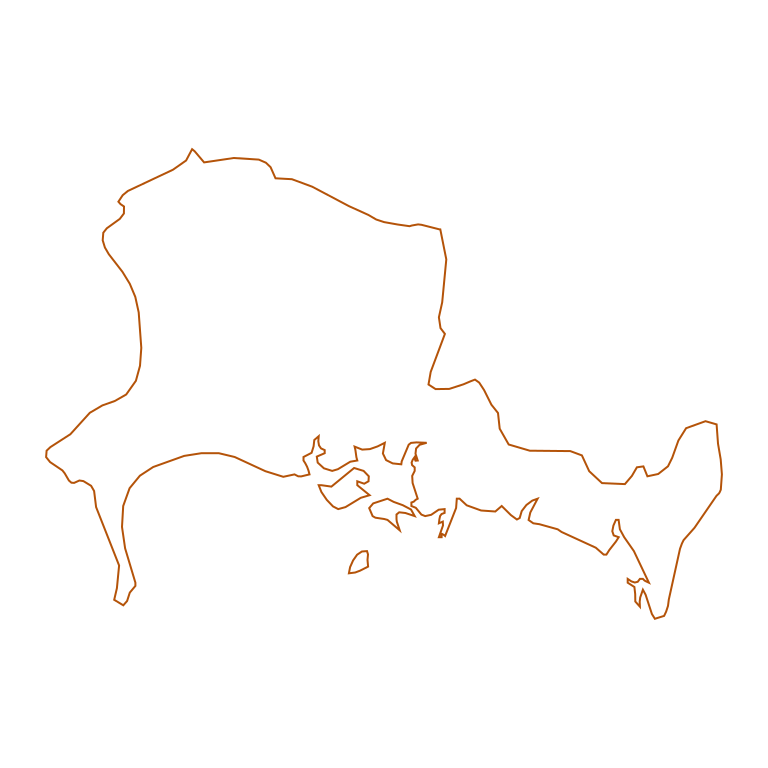 an SVG outline of Chiriquí
{"feature_id": "PAN-1332", "entity_name": "Chiriquí", "entity_type": "Province", "adm_level": 1, "iso_a3": "PAN", "parent_name": "Panama", "parent_adm1": "", "projection": "natural_earth1", "projection_center": [-82.256, 8.459], "detail": "fine", "context": "isolated", "style": "outline", "palette": "amber", "viewbox_px": 768, "rotation_deg": 0, "n_neighbors": 0, "source": "natural_earth", "source_scale": "10m", "svg_char_len": 3905}
<svg xmlns="http://www.w3.org/2000/svg" viewBox="0 0 768 768"><path d="M74.1,482.9L71.4,482.7L68.9,480.5L64.7,473.3L62.4,470.4L50.1,462.1L46.1,457.1L46.6,450.7L50.4,447.1L70.4,434.2L89.8,412.8L102.4,405.4L114.8,401.0L126.2,394.5L135.9,380.8L140.0,365.8L141.3,347.9L138.7,312.4L135.3,296.9L129.8,283.8L122.5,271.9L108.8,254.2L104.9,247.5L102.7,240.3L103.3,232.7L106.8,228.3L119.8,218.9L123.9,213.5L124.0,206.5L120.5,204.1L118.4,201.7L122.7,195.2L127.8,191.0L173.0,169.7L186.1,160.5L192.1,149.2L194.6,151.2L204.1,162.4L233.8,158.0L258.8,159.6L265.9,162.7L270.6,167.2L275.5,178.3L291.9,179.2L312.2,186.7L348.5,205.9L349.3,206.3L368.3,214.9L376.2,219.5L384.1,222.1L397.6,224.5L409.6,226.2L411.9,225.5L418.1,224.4L421.5,224.8L439.6,229.4L440.3,229.4L446.3,259.4L442.2,302.3L438.9,317.3L440.5,328.1L444.9,333.9L430.7,371.9L428.5,384.5L435.6,389.1L449.3,388.9L463.5,384.3L470.8,381.2L475.0,379.6L479.2,382.6L484.1,390.1L491.4,404.7L498.0,413.0L499.7,428.7L508.7,444.5L529.8,450.7L570.3,451.1L581.9,455.4L589.2,471.2L602.0,483.1L624.9,484.1L631.9,475.9L636.9,467.3L643.4,466.4L647.4,476.3L658.2,474.0L668.0,466.3L672.2,457.8L678.4,440.5L686.1,428.2L705.5,421.2L716.6,424.4L718.0,443.6L720.7,459.4L721.9,474.4L720.8,489.7L719.7,492.2L719.0,493.4L716.5,495.8L694.5,527.8L683.6,540.1L681.9,543.6L680.0,548.8L668.8,599.6L668.0,605.9L666.1,611.7L664.1,615.9L655.4,618.6L654.9,618.8L651.9,614.0L645.6,594.7L642.9,589.7L640.2,597.5L639.7,601.7L639.9,606.7L635.3,601.5L635.2,594.1L634.4,587.0L627.7,582.7L627.7,578.9L631.4,581.4L634.8,582.5L637.7,581.8L639.9,578.9L642.9,578.9L644.4,580.4L645.3,581.0L648.9,582.7L633.9,551.1L624.2,537.2L619.9,529.3L618.6,519.9L615.9,519.9L613.4,525.6L612.3,531.2L613.7,535.4L618.7,537.2L615.9,541.6L609.4,549.9L606.4,554.6L603.7,554.6L595.8,547.7L561.6,532.0L557.7,529.3L539.4,524.2L533.3,523.3L528.6,520.0L530.3,512.5L537.6,498.7L532.3,500.6L526.4,505.0L521.7,511.1L519.7,518.0L516.9,519.5L510.9,515.1L501.7,506.0L495.3,511.5L481.1,510.5L466.7,505.3L459.6,498.7L456.8,498.7L456.1,508.0L445.1,536.0L444.1,535.1L442.2,534.0L441.6,533.8L441.6,537.2L438.9,537.2L443.0,525.4L442.8,521.6L438.9,523.3L439.4,519.2L440.1,516.0L441.6,514.0L444.6,512.9L444.6,509.1L438.7,509.7L431.2,514.8L425.2,516.1L421.4,514.6L415.8,507.8L411.4,506.0L411.4,502.5L413.7,501.7L415.7,499.8L417.7,498.7L412.6,483.0L412.2,475.9L414.7,470.9L414.7,467.4L412.1,465.1L411.6,462.6L412.7,459.8L414.7,457.0L415.2,458.4L415.1,459.8L415.5,460.7L417.7,460.5L415.5,453.7L416.1,448.5L419.6,444.8L426.7,442.8L416.4,442.4L411.0,442.9L408.7,444.7L401.7,461.4L401.3,464.3L392.7,463.4L386.1,460.1L382.9,453.5L384.8,442.8L377.6,446.4L369.9,449.1L362.2,449.6L354.6,446.6L355.4,450.0L356.4,457.2L357.3,460.5L350.3,461.7L337.9,469.2L332.2,470.9L323.9,468.3L317.7,462.6L316.8,456.6L324.7,453.2L324.7,450.1L321.0,448.4L319.0,445.4L318.3,441.3L318.7,436.2L314.3,440.0L313.6,446.3L311.6,452.8L303.5,457.0L303.5,460.5L305.3,463.3L307.1,466.8L308.5,470.6L309.5,474.4L301.2,476.4L298.2,476.3L294.5,474.4L283.3,476.8L265.4,471.2L234.7,457.0L218.8,453.2L201.4,453.2L184.2,455.9L153.2,467.0L139.9,475.7L129.6,488.2L123.2,506.0L122.0,526.9L125.1,548.3L135.4,582.7L135.4,585.9L129.8,592.6L127.1,601.0L123.3,605.3L114.2,599.8L116.9,588.2L119.1,565.5L96.1,507.1L94.1,491.0L91.1,485.8L83.4,481.1L79.4,480.5L74.1,482.9ZM357.3,485.2L369.6,495.2L360.8,497.8L345.5,507.1L338.2,509.1L333.0,506.4L326.8,499.9L321.4,492.0L318.7,485.2L321.4,485.2L331.4,486.6L354.1,468.0L363.6,470.9L368.8,476.3L368.5,481.3L364.2,483.7L357.3,481.3L357.3,485.2ZM414.7,516.1L405.4,513.0L399.2,512.3L396.5,514.5L396.5,519.1L396.8,521.6L399.7,530.3L387.5,519.9L384.2,519.0L375.4,517.7L372.6,516.1L369.2,508.1L373.2,503.4L387.5,498.7L393.7,501.9L402.8,505.2L411.0,509.5L414.7,516.1ZM348.9,573.3L350.1,567.1L353.1,560.4L357.1,554.7L361.9,551.5L367.0,551.1L368.0,554.4L367.5,559.9L368.1,566.6L360.0,570.7L355.2,572.5L348.9,573.3Z" fill="none" stroke="#b45309" stroke-width="2"/></svg>